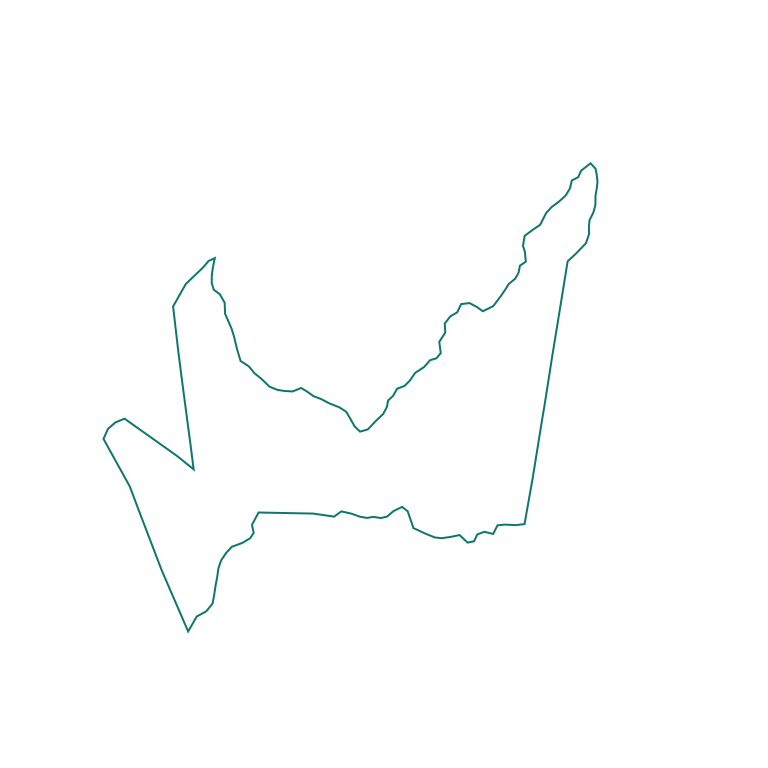 the district of Tururu, Ceará, Brazil, rotated 64°
{"feature_id": "56859067B74610593529944", "entity_name": "Tururu", "entity_type": "district", "adm_level": 2, "iso_a3": "BRA", "parent_name": "Brazil", "parent_adm1": "Ceará", "projection": "orthographic", "projection_center": [-39.417, -3.531], "detail": "fine", "context": "isolated", "style": "outline", "palette": "teal", "viewbox_px": 768, "rotation_deg": 64, "n_neighbors": 0, "source": "geoboundaries", "source_scale": "gbopen_adm2", "svg_char_len": 2036}
<svg xmlns="http://www.w3.org/2000/svg" viewBox="0 0 768 768"><g transform="rotate(64 384 384)"><path d="M196.7,480.9L196.5,487.8L200.0,495.7L207.2,518.3L221.9,539.6L263.1,554.1L287.5,562.4L303.3,567.7L354.3,584.7L377.3,592.5L358.1,601.5L301.4,632.4L300.8,642.3L303.3,651.7L310.4,660.2L364.6,657.4L387.9,659.6L454.4,665.5L520.5,668.5L515.9,661.6L510.9,654.3L510.4,643.5L506.2,634.4L499.0,629.0L491.1,623.6L484.6,618.7L477.4,613.9L471.2,607.8L466.7,600.1L463.6,592.2L464.7,580.9L464.0,572.0L460.7,566.4L452.7,564.4L444.5,553.1L469.5,504.3L481.3,487.0L479.8,478.2L485.9,470.5L492.8,463.7L496.9,458.0L498.8,451.7L503.0,445.8L504.5,439.4L502.4,431.1L502.4,421.6L508.7,418.5L518.1,419.7L526.4,420.7L536.0,412.9L544.2,405.6L547.8,399.9L550.5,391.6L552.9,382.3L563.2,378.4L564.9,372.0L560.1,366.1L560.8,358.6L566.6,351.7L560.8,343.9L563.4,336.9L568.7,327.3L571.5,319.1L534.3,292.0L483.9,256.5L475.0,250.1L432.9,220.7L397.1,195.4L354.3,165.2L350.9,154.2L346.0,140.8L339.2,134.0L332.3,130.8L326.8,127.4L321.5,120.5L315.6,115.4L307.7,111.5L301.5,107.1L296.1,103.6L289.9,101.3L283.2,99.5L276.2,101.6L278.6,113.2L283.2,118.7L283.4,126.0L289.8,131.2L294.3,138.3L296.7,146.6L298.5,156.0L301.5,163.4L309.3,173.8L310.8,183.7L312.5,192.6L320.7,198.5L327.2,199.5L336.2,202.9L337.2,209.9L343.0,214.3L346.8,219.8L348.8,228.0L352.2,233.5L356.3,240.7L361.9,251.7L361.9,263.4L355.9,266.5L348.8,271.6L346.0,279.6L351.7,286.9L352.2,294.6L356.3,302.9L364.6,306.4L370.4,315.9L381.1,319.4L383.9,325.6L382.8,332.1L386.3,340.4L387.6,351.0L392.4,359.6L394.7,366.5L394.0,374.4L398.6,380.9L400.6,387.5L406.0,391.6L410.6,397.9L413.7,407.8L417.7,418.3L416.3,426.4L409.1,429.0L402.3,429.4L392.4,430.1L385.2,434.5L377.7,441.4L370.1,447.0L364.0,452.7L357.0,456.5L351.3,460.2L350.6,469.5L346.7,476.4L342.7,482.2L336.2,488.1L325.9,491.8L317.6,495.7L309.0,497.7L300.5,502.8L288.2,500.8L275.5,498.0L267.9,496.8L259.6,496.4L251.1,496.0L241.2,491.6L231.3,492.2L224.7,495.7L217.8,494.6L211.0,491.2L204.6,487.0L196.7,480.9Z" fill="none" stroke="#0f766e" stroke-width="2"/></g></svg>